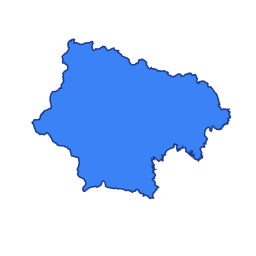 Mandoto, Vakinankaratra, Madagascar (Mercator projection), rotated 23°
{"feature_id": "10022922B69129581267436", "entity_name": "Mandoto", "entity_type": "district", "adm_level": 2, "iso_a3": "MDG", "parent_name": "Madagascar", "parent_adm1": "Vakinankaratra", "projection": "mercator", "projection_center": [46.306, -19.727], "detail": "fine", "context": "isolated", "style": "filled", "palette": "blue", "viewbox_px": 256, "rotation_deg": 23, "n_neighbors": 0, "source": "geoboundaries", "source_scale": "gbopen_adm2", "svg_char_len": 5804}
<svg xmlns="http://www.w3.org/2000/svg" viewBox="0 0 256 256"><g transform="rotate(23 128 128)"><path d="M217.5,81.2L216.8,81.2L216.2,80.2L217.6,79.2L218.2,78.2L217.2,77.1L216.7,77.1L216.1,75.9L215.3,75.3L215.7,74.0L215.4,73.3L214.7,73.1L214.1,73.5L213.3,73.1L213.5,71.6L213.1,72.0L212.3,71.8L211.9,72.4L210.3,72.4L209.3,73.1L208.2,73.2L207.3,74.5L206.3,74.5L205.2,73.2L203.5,72.2L203.1,72.5L202.5,71.8L202.3,71.2L203.1,70.7L203.3,70.2L202.1,69.5L201.3,68.0L197.1,63.0L195.4,61.8L194.5,61.7L190.4,59.0L188.0,57.8L186.3,58.8L185.6,58.8L184.9,58.0L184.3,56.2L183.7,55.7L181.9,56.0L180.8,55.4L178.7,55.4L175.2,57.9L175.7,59.4L175.0,59.6L174.0,59.2L173.0,58.5L172.6,55.6L171.3,54.9L170.8,53.9L169.1,52.6L168.3,52.8L167.8,53.9L166.8,54.4L166.5,54.0L165.5,53.9L165.1,53.3L163.6,53.2L163.1,54.2L162.1,54.2L161.5,55.5L160.0,56.0L159.3,57.8L157.5,59.5L156.9,59.4L156.1,58.3L154.5,58.1L152.9,58.9L152.7,59.5L151.6,60.6L151.3,61.9L150.2,62.4L150.0,63.0L147.4,63.5L146.3,63.1L144.2,63.4L143.5,63.0L143.5,61.8L143.1,61.3L142.4,61.2L140.9,61.6L139.4,61.1L136.9,62.5L133.9,63.2L133.1,64.0L131.2,62.9L129.7,63.6L128.5,63.3L127.5,64.2L125.8,63.3L125.2,64.9L123.5,65.0L121.4,63.1L120.4,62.9L119.3,60.3L116.8,59.4L113.9,59.1L113.5,60.1L112.3,60.5L111.4,61.4L112.0,63.9L111.7,64.8L110.4,65.0L110.0,66.3L108.7,67.8L106.1,68.2L104.5,67.5L102.9,66.1L102.2,64.6L99.7,64.0L94.6,64.2L93.0,63.0L89.0,62.1L89.3,61.1L89.1,60.5L85.4,61.7L83.7,59.9L81.5,62.1L80.8,63.2L78.7,64.7L75.2,62.2L74.5,62.2L73.8,62.8L72.7,62.8L72.4,64.0L71.5,64.9L70.7,66.6L68.9,67.4L67.5,67.5L67.0,69.3L65.6,70.0L65.1,69.8L63.1,67.3L62.7,66.0L62.7,63.6L62.0,62.7L61.2,62.4L60.7,62.6L59.6,64.3L55.0,66.8L53.4,68.8L52.0,69.6L47.0,69.6L45.4,71.0L44.5,69.7L44.1,67.5L43.3,67.5L41.9,68.5L41.7,70.1L40.9,69.7L39.9,71.4L39.7,73.9L40.4,74.7L41.2,76.7L42.5,77.2L42.7,79.0L41.9,83.1L41.0,84.0L39.5,87.6L39.9,88.8L41.5,90.3L41.7,92.0L42.5,93.6L44.9,92.9L45.6,93.8L47.3,93.8L48.4,94.6L49.0,95.8L49.4,97.6L48.9,99.0L47.9,99.9L47.4,100.9L46.8,103.1L47.9,104.7L48.2,106.9L49.4,107.6L49.5,109.0L50.5,109.9L50.7,110.6L50.3,111.1L50.2,113.0L49.6,114.1L50.3,115.3L50.4,116.3L51.2,117.4L49.3,118.2L49.0,120.4L47.3,122.5L44.5,124.1L43.9,126.1L44.3,129.9L45.7,133.5L49.2,138.1L48.8,138.9L49.5,140.0L48.9,140.5L48.8,141.0L48.3,140.9L47.1,141.9L46.7,142.9L44.2,145.0L44.0,147.2L43.5,147.2L43.6,148.3L42.9,148.8L42.8,149.4L43.3,149.6L42.6,151.1L43.4,153.3L42.8,154.1L43.1,154.8L40.4,156.4L38.6,156.9L38.2,159.3L37.6,160.4L40.3,162.2L41.4,164.0L45.0,167.5L46.8,167.5L49.4,168.4L51.0,167.2L53.2,167.0L54.0,166.4L54.9,164.3L55.9,164.0L58.5,165.3L61.9,167.6L63.8,169.6L64.8,169.5L66.0,170.1L67.1,170.0L68.6,170.4L69.5,171.2L72.1,171.0L75.6,169.6L76.3,169.5L76.9,169.9L79.0,169.5L80.9,170.5L83.2,170.5L84.3,172.5L85.4,173.4L86.1,174.8L87.0,175.6L93.7,174.7L94.3,175.1L96.8,179.2L97.5,182.8L97.4,185.5L98.0,186.8L98.7,186.7L99.3,187.0L99.5,187.9L99.3,189.2L99.6,190.2L100.9,191.3L102.5,192.0L106.9,192.0L109.3,193.5L110.9,195.5L111.2,196.4L111.0,197.9L109.9,200.0L110.5,202.4L111.6,203.4L112.7,203.3L113.1,202.9L113.6,201.5L114.8,199.8L115.4,198.5L117.7,196.4L119.3,195.6L120.6,194.4L122.3,194.6L123.0,194.2L125.1,191.6L125.5,190.2L125.0,188.0L125.7,186.7L126.2,186.3L128.0,186.8L130.1,190.3L132.2,190.6L138.8,189.2L140.8,188.0L142.4,188.0L144.8,186.7L146.6,186.5L147.8,186.0L149.4,186.4L150.9,186.3L152.4,185.0L154.4,185.3L155.5,184.8L156.9,185.5L158.7,183.4L159.6,183.0L159.3,181.7L160.4,180.9L161.3,181.3L162.2,181.0L163.2,182.5L165.3,183.3L166.4,182.7L167.0,182.8L167.9,182.4L168.7,184.6L169.2,184.3L169.4,183.2L170.9,182.6L172.1,183.2L173.4,182.8L174.1,183.6L176.0,184.2L177.1,183.1L178.8,182.5L177.0,180.7L176.7,178.3L177.5,176.6L177.6,174.9L178.6,173.6L177.9,172.3L179.3,170.8L178.7,170.4L174.9,169.9L174.5,167.9L173.3,166.6L171.4,166.3L170.4,165.4L170.6,164.9L172.0,164.2L171.2,163.7L171.7,160.7L169.9,159.2L168.9,159.5L167.9,159.0L168.6,157.6L168.2,157.1L167.6,157.3L167.4,156.5L169.0,155.5L167.3,155.4L167.5,154.3L167.3,154.0L166.1,154.2L166.4,154.9L165.5,154.4L165.4,153.7L166.1,154.0L166.7,153.6L166.5,153.0L165.8,153.0L166.7,152.2L166.0,151.3L164.6,151.3L164.3,150.9L164.5,150.3L163.6,149.6L163.1,149.7L162.6,148.8L162.7,148.0L162.2,147.4L163.0,147.7L163.1,147.3L164.2,146.9L162.6,144.9L162.8,144.6L164.0,144.7L165.0,145.3L169.2,146.5L169.8,146.1L170.8,143.8L172.3,144.7L172.8,144.6L172.8,143.8L171.7,142.7L171.9,141.3L171.5,141.0L171.0,141.2L170.5,140.2L171.3,140.7L171.6,138.7L172.5,138.5L172.9,138.0L172.0,136.7L172.6,133.2L175.7,129.6L177.2,128.5L177.7,126.8L176.5,125.6L176.7,124.9L177.3,125.4L178.1,124.4L179.1,124.8L179.6,124.4L180.1,124.4L180.4,127.2L181.2,127.8L181.4,128.8L181.9,128.9L182.7,129.9L183.1,129.3L183.0,127.9L184.4,128.1L184.4,127.3L184.0,126.5L185.4,125.8L185.7,124.1L186.1,124.9L188.2,123.9L189.5,124.4L190.0,126.6L190.6,126.5L191.2,127.3L192.2,127.1L194.8,128.3L194.8,127.3L195.2,126.9L194.5,125.2L195.3,124.1L196.1,124.1L196.9,125.0L196.1,125.8L196.2,128.0L196.6,128.9L197.9,129.0L198.0,128.4L197.6,127.5L198.0,127.3L199.1,128.0L199.3,127.1L199.7,127.7L199.4,129.1L199.8,129.9L200.6,129.6L201.9,130.4L203.3,130.4L204.8,129.6L205.3,130.6L205.7,130.7L206.0,127.8L206.8,128.0L207.0,126.7L208.0,126.5L207.6,124.8L206.8,124.6L206.1,125.1L205.5,123.8L206.0,123.2L205.1,121.4L202.5,119.3L203.3,116.7L203.8,116.2L205.6,115.8L205.9,115.4L204.2,113.3L203.8,112.2L205.8,112.2L205.1,110.3L205.3,107.0L201.2,104.8L200.0,100.5L200.1,98.4L201.1,96.4L202.4,95.8L203.4,96.2L204.3,98.1L205.8,98.5L205.8,96.7L205.1,94.3L205.4,93.2L206.4,93.0L207.3,94.0L210.4,94.5L212.6,93.8L212.7,93.0L214.0,92.7L214.5,92.2L214.0,90.9L214.1,89.5L214.8,89.6L214.6,89.0L215.3,88.2L214.8,87.2L216.2,86.5L216.7,85.2L217.7,85.7L218.0,85.2L218.0,84.6L217.6,84.5L217.7,83.5L217.3,82.7L217.6,82.5L217.5,81.7L218.4,81.8L217.5,81.2Z" fill="#3b82f6" stroke="#1e3a8a" stroke-width="1.5"/></g></svg>